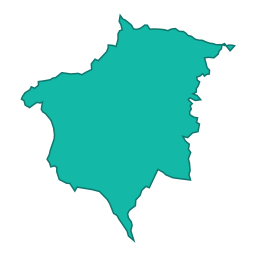 Ibiraiaras, Rio Grande do Sul, Brazil, rotated 180°
{"feature_id": "56859067B62229302377905", "entity_name": "Ibiraiaras", "entity_type": "district", "adm_level": 2, "iso_a3": "BRA", "parent_name": "Brazil", "parent_adm1": "Rio Grande do Sul", "projection": "natural_earth1", "projection_center": [-51.642, -28.366], "detail": "fine", "context": "isolated", "style": "filled", "palette": "teal", "viewbox_px": 256, "rotation_deg": 180, "n_neighbors": 0, "source": "geoboundaries", "source_scale": "gbopen_adm2", "svg_char_len": 2273}
<svg xmlns="http://www.w3.org/2000/svg" viewBox="0 0 256 256"><g transform="rotate(180 128 128)"><path d="M65.5,76.0L67.1,81.5L65.9,85.3L66.6,93.3L67.7,97.1L66.3,101.0L65.3,103.6L67.6,106.7L66.7,111.8L68.9,113.5L70.9,115.5L73.1,119.6L68.3,118.4L63.5,123.1L58.0,124.4L56.5,132.0L59.4,133.5L58.5,138.2L61.7,138.6L66.3,141.4L66.3,144.5L64.7,146.9L65.8,150.2L63.7,152.4L67.8,156.3L66.0,158.2L60.8,155.5L55.3,156.3L58.9,160.5L63.2,162.2L59.8,163.8L59.7,167.4L57.7,170.3L56.4,174.2L58.8,175.9L59.3,178.9L56.1,179.9L53.4,182.3L51.5,179.9L49.2,181.7L46.7,182.0L46.5,185.8L48.9,188.2L50.4,194.2L51.5,198.2L47.4,198.7L42.0,198.2L37.8,201.9L36.9,204.9L34.6,207.2L34.0,211.3L37.0,211.3L40.0,211.3L43.0,212.4L46.4,212.8L50.1,214.1L53.7,215.7L57.1,215.8L61.0,216.8L64.6,219.7L68.2,220.6L70.1,222.8L72.7,224.5L76.9,224.7L80.5,227.4L83.1,227.2L85.6,226.6L88.1,225.3L91.7,226.3L96.6,226.8L101.9,227.0L106.2,226.8L108.7,230.8L111.3,230.9L113.9,228.8L116.4,227.4L119.6,226.6L122.5,227.1L124.6,230.9L127.8,233.6L130.7,235.9L133.2,237.0L135.8,240.6L136.8,234.7L135.0,231.2L133.8,226.2L136.3,225.3L138.0,222.2L137.9,217.5L138.5,214.6L140.0,209.5L143.3,210.6L147.8,211.0L147.8,208.1L149.4,204.2L157.8,195.3L161.0,196.8L164.7,192.1L164.3,186.5L170.3,183.6L174.1,181.3L177.9,182.6L185.1,182.0L194.2,183.3L200.3,178.4L203.5,177.8L205.6,176.3L209.3,175.6L214.2,174.8L217.6,174.4L217.6,170.7L221.3,167.7L224.7,169.2L226.1,166.3L231.0,163.2L233.3,159.8L234.6,156.9L231.9,155.2L230.8,150.9L226.4,148.4L222.1,151.6L219.0,153.6L215.9,153.0L213.5,153.9L214.7,146.6L213.2,144.1L210.4,142.4L208.5,140.0L206.6,137.8L204.7,135.1L202.4,128.2L201.5,121.4L201.8,117.1L205.6,106.0L206.6,101.7L208.9,96.7L206.5,93.2L205.2,89.1L201.5,90.2L199.2,88.6L199.2,84.2L196.7,76.5L189.5,72.8L186.1,72.5L181.2,64.9L178.9,68.9L163.7,66.4L156.5,64.5L148.8,56.6L146.3,52.5L142.4,42.6L139.0,40.6L136.7,36.4L134.0,32.5L129.0,25.1L127.5,20.0L122.1,15.4L125.2,25.3L123.9,30.6L124.7,34.1L127.6,38.2L128.4,42.1L127.0,45.2L124.5,47.4L120.6,50.3L120.2,56.1L116.0,60.5L114.2,65.7L110.1,69.6L106.7,68.3L98.1,86.6L92.5,83.5L90.2,81.2L83.2,78.3L79.2,77.7L65.5,76.0ZM21.4,210.2L23.8,210.8L27.0,210.9L29.8,210.2L25.9,205.2L21.4,210.2ZM29.8,210.2L31.4,212.4L34.0,211.3L29.8,210.2Z" fill="#14b8a6" stroke="#0f766e" stroke-width="1.5"/></g></svg>